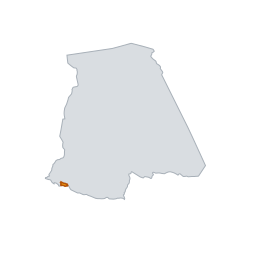 where Jijel sits in Algeria, rotated 205°
{"feature_id": "DZA-2165", "entity_name": "Jijel", "entity_type": "Province", "adm_level": 1, "iso_a3": "DZA", "parent_name": "Algeria", "parent_adm1": "", "projection": "albers", "projection_center": [5.919, 36.73], "detail": "fine", "context": "in_parent", "style": "filled", "palette": "amber", "viewbox_px": 256, "rotation_deg": 205, "n_neighbors": 0, "source": "natural_earth", "source_scale": "10m", "svg_char_len": 4274}
<svg xmlns="http://www.w3.org/2000/svg" viewBox="0 0 256 256"><g transform="rotate(205 128 128)"><path d="M181.5,47.3L181.7,47.8L181.7,48.3L181.1,48.7L180.6,49.0L180.1,50.2L179.1,51.0L178.9,51.3L178.9,51.5L179.6,51.8L179.9,52.2L180.0,52.6L179.7,54.3L179.3,57.2L179.4,57.8L179.7,58.6L179.9,59.2L180.0,59.8L180.0,61.5L180.3,62.4L180.6,63.3L180.0,64.4L179.8,65.4L179.6,66.8L179.6,67.6L179.2,68.4L178.7,69.2L178.1,69.7L177.4,70.1L176.6,70.7L175.9,72.1L174.5,73.3L174.2,73.7L174.0,74.7L174.1,76.0L174.4,77.1L175.1,78.6L175.8,80.3L176.0,81.1L176.2,81.5L177.1,82.0L178.7,82.7L178.9,83.0L179.7,84.2L180.5,86.3L180.8,87.7L183.5,89.7L186.2,91.5L186.4,91.8L188.0,98.2L188.6,100.4L190.8,108.5L190.0,109.0L189.1,109.6L189.8,110.7L191.1,112.5L191.9,113.9L192.2,114.5L192.9,116.3L193.4,118.0L193.6,118.6L193.8,119.9L193.7,123.6L194.3,128.3L194.8,130.6L194.2,132.8L193.6,134.8L193.7,135.8L194.1,137.4L194.5,138.6L195.0,139.1L195.0,141.1L194.8,141.8L193.4,142.9L191.9,143.9L191.4,144.7L191.3,145.6L191.6,146.4L196.5,152.8L196.7,153.5L196.8,155.3L197.7,157.6L198.6,158.6L198.9,159.4L199.6,159.9L200.2,160.3L200.5,160.3L202.6,159.6L206.3,160.4L209.7,161.3L210.0,161.5L212.2,165.0L214.1,168.2L175.9,193.4L171.6,197.0L161.3,205.8L160.5,206.2L146.8,208.7L139.6,209.8L139.3,209.9L138.9,209.9L138.6,209.9L138.0,209.6L137.3,209.1L136.8,208.8L136.7,208.4L137.0,207.8L137.3,207.3L137.5,207.0L137.7,206.7L138.1,206.4L138.1,206.1L137.8,205.5L137.6,204.8L137.7,203.4L137.7,202.7L137.1,202.2L135.8,201.6L134.7,201.2L134.2,201.0L133.0,200.8L131.2,200.4L130.7,200.1L129.6,198.7L129.0,198.4L126.5,198.1L125.6,197.8L124.9,197.5L124.3,197.0L124.0,196.3L124.0,195.7L123.7,195.4L121.0,193.9L120.3,193.4L119.9,192.9L119.9,192.3L120.0,191.5L120.0,190.8L119.9,190.4L73.6,153.5L71.2,151.5L65.8,147.0L41.9,126.7L43.7,114.7L43.9,114.1L44.1,113.9L44.9,113.5L46.4,112.7L46.9,112.3L47.6,112.0L49.9,110.9L50.4,110.6L52.7,109.3L53.2,109.2L54.4,109.2L54.9,108.9L55.6,108.4L56.6,107.8L57.2,107.5L57.4,107.5L57.8,107.5L59.6,108.0L60.4,108.2L61.4,108.5L61.7,108.4L61.9,108.3L62.4,107.8L62.5,107.2L62.6,106.7L62.9,106.4L63.3,106.5L63.8,106.6L65.0,106.7L65.4,106.7L66.7,106.8L68.5,106.7L71.2,106.2L72.6,105.4L73.6,104.5L74.7,103.2L75.6,102.0L77.2,101.4L78.5,101.0L79.2,100.9L80.9,100.4L83.8,98.8L86.0,98.7L86.3,98.6L86.7,98.3L86.8,97.7L86.4,97.2L86.0,97.0L85.7,96.7L85.4,96.6L85.2,96.3L85.4,95.8L85.5,95.3L85.7,94.9L85.8,94.2L85.5,93.5L85.5,93.0L85.5,92.5L85.7,92.1L86.2,91.9L86.8,91.9L87.5,92.1L88.8,92.0L92.2,91.1L92.5,90.8L92.7,90.0L93.0,89.3L93.4,89.1L93.6,89.1L96.3,88.8L96.9,88.9L101.8,89.5L106.0,90.0L106.4,89.8L106.4,89.3L106.2,88.3L106.4,87.7L107.0,87.2L107.8,86.6L107.5,85.8L107.0,85.3L106.2,84.6L105.8,84.3L105.1,83.5L104.7,82.6L104.5,80.8L104.0,79.8L103.7,78.5L104.3,76.3L103.8,74.8L103.8,74.2L103.8,73.5L104.1,72.4L104.1,70.6L103.6,68.8L104.0,68.3L104.1,68.0L104.1,67.7L103.6,67.1L103.4,66.6L103.5,66.2L103.9,65.6L103.9,65.3L103.0,64.5L101.5,63.1L101.1,62.5L101.0,61.8L102.5,62.1L103.2,62.1L105.1,61.5L106.6,60.5L107.8,60.0L108.8,58.9L109.8,58.2L111.1,57.4L114.9,55.9L115.4,55.9L116.6,56.4L117.6,56.4L118.4,55.8L119.3,54.3L120.5,53.5L122.0,52.7L124.1,51.9L125.5,51.2L127.7,50.6L133.0,50.4L135.7,50.1L137.5,50.3L139.4,49.1L140.4,48.7L144.4,48.7L146.3,47.8L153.5,47.9L154.4,48.3L155.2,48.8L156.7,50.0L157.4,50.3L158.4,50.0L160.6,48.9L163.1,48.3L164.5,47.6L165.0,46.6L166.2,46.2L166.9,47.0L169.4,47.7L171.0,47.5L171.7,47.3L171.4,46.1L173.1,46.4L174.4,46.9L175.8,48.0L176.7,48.2L178.2,47.7L181.5,47.3Z" fill="#d9dde1" stroke="#a8b0b8" stroke-width="1"/><path d="M158.4,50.1L158.5,50.1L158.8,50.0L158.9,49.9L159.2,49.8L159.3,49.7L159.4,49.4L159.5,49.2L159.8,49.0L160.1,48.9L160.5,48.6L160.9,48.6L161.4,48.7L161.7,48.7L162.9,48.4L164.1,47.9L164.4,47.8L164.4,47.6L164.5,47.6L164.6,47.8L164.7,48.0L164.6,48.3L164.8,48.3L165.0,48.4L165.1,48.5L165.2,48.8L165.2,49.0L165.3,49.4L165.7,49.8L166.1,50.0L166.0,50.5L166.0,50.9L165.0,50.7L164.9,50.6L164.6,50.6L164.4,50.7L164.3,50.8L164.2,50.9L163.9,50.8L163.6,50.8L163.2,50.7L162.9,50.7L162.7,50.7L162.4,50.8L162.2,51.0L161.9,51.2L161.7,51.2L161.3,51.2L161.2,51.1L160.7,51.1L160.2,51.3L159.9,51.1L159.7,51.2L159.5,51.3L159.4,51.4L159.2,51.4L159.0,51.1L158.9,50.8L158.6,50.7L158.4,50.6L158.5,50.4L158.4,50.2L158.4,50.1Z" fill="#f59e0b" stroke="#b45309" stroke-width="1.5"/></g></svg>